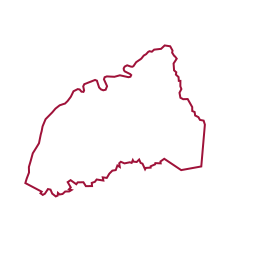 the district of Inarajan, Guam, rotated 199°
{"feature_id": "77769853B63444042999452", "entity_name": "Inarajan", "entity_type": "district", "adm_level": 2, "iso_a3": "GUM", "parent_name": "Guam", "parent_adm1": "", "projection": "mercator", "projection_center": [144.738, 13.293], "detail": "fine", "context": "isolated", "style": "outline", "palette": "rose", "viewbox_px": 256, "rotation_deg": 199, "n_neighbors": 0, "source": "geoboundaries", "source_scale": "gbopen_adm2", "svg_char_len": 1901}
<svg xmlns="http://www.w3.org/2000/svg" viewBox="0 0 256 256"><g transform="rotate(199 128 128)"><path d="M46.2,115.5L56.4,156.2L58.9,159.6L62.6,159.1L65.0,161.2L68.6,161.7L70.2,164.8L72.8,165.0L74.1,168.7L81.0,174.8L85.2,173.2L88.3,173.7L90.8,178.1L90.2,182.2L92.1,184.5L93.8,189.6L95.3,189.1L96.8,192.6L100.1,194.1L100.5,196.4L103.2,197.5L105.9,203.8L104.5,209.4L106.9,211.0L107.9,211.3L110.8,213.6L111.1,215.7L114.7,219.0L120.2,218.0L122.5,213.6L128.8,210.6L130.3,207.9L132.7,207.6L133.7,206.5L134.9,203.7L136.7,201.6L138.0,197.9L141.7,192.9L143.0,188.2L143.9,187.3L144.8,187.1L145.4,187.0L149.2,187.0L151.1,185.0L151.5,183.0L150.8,181.5L149.6,180.5L143.5,179.7L142.2,179.1L142.4,177.3L144.1,176.2L145.8,176.0L152.8,175.2L157.5,172.0L164.8,169.9L166.6,168.4L166.6,166.2L161.4,160.7L161.6,156.9L163.7,155.6L166.1,155.7L168.5,156.9L172.8,162.6L174.8,162.7L183.6,155.2L183.9,152.8L181.7,149.1L181.9,147.7L182.0,147.7L183.8,147.2L186.3,148.7L188.2,148.4L191.5,145.0L192.1,140.0L192.3,138.7L193.9,133.8L194.1,133.4L195.5,130.6L197.3,129.3L200.0,127.2L202.9,122.7L204.7,118.1L208.8,109.5L209.3,101.7L208.6,96.8L208.4,93.6L207.2,84.6L208.2,80.0L209.8,73.1L209.3,65.3L209.0,58.8L207.1,53.7L207.3,47.1L207.2,44.2L207.1,42.5L188.9,39.7L189.5,37.8L186.8,37.0L185.2,38.8L183.8,44.2L181.2,44.5L178.3,41.3L174.0,39.8L172.5,41.2L173.1,43.8L171.0,42.9L168.4,44.3L166.7,47.5L162.9,48.9L161.2,51.0L163.8,50.9L162.8,53.2L167.4,57.2L165.3,60.0L158.6,58.0L157.9,60.2L152.5,62.2L148.9,59.3L143.1,61.4L144.4,64.3L141.8,66.3L140.9,69.1L134.2,70.3L135.8,73.1L131.8,73.9L130.8,78.7L128.9,82.6L125.9,84.2L125.8,89.1L123.1,88.5L124.8,91.8L123.8,93.7L119.8,93.4L115.1,96.2L113.2,96.2L113.0,99.2L111.8,98.0L108.7,98.7L107.2,101.8L104.7,99.1L102.7,99.0L98.4,94.5L98.1,96.1L93.7,97.9L94.1,99.2L90.6,102.4L90.7,103.7L85.6,105.2L86.4,106.9L83.7,110.7L64.0,105.5L46.2,115.5Z" fill="none" stroke="#9f1239" stroke-width="2"/></g></svg>